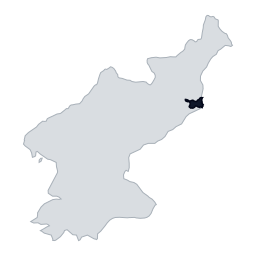 location of Myongchon, Hamgyŏng-bukto, North Korea
{"feature_id": "82179303B5816291579612", "entity_name": "Myongchon", "entity_type": "district", "adm_level": 2, "iso_a3": "PRK", "parent_name": "North Korea", "parent_adm1": "Hamgyŏng-bukto", "projection": "orthographic", "projection_center": [129.544, 40.98], "detail": "fine", "context": "in_parent", "style": "filled", "palette": "ink", "viewbox_px": 256, "rotation_deg": 0, "n_neighbors": 0, "source": "geoboundaries", "source_scale": "gbopen_adm2", "svg_char_len": 4245}
<svg xmlns="http://www.w3.org/2000/svg" viewBox="0 0 256 256"><path d="M156.3,204.6L155.1,205.2L153.0,208.8L151.1,213.4L149.2,215.9L147.0,217.3L144.7,218.0L140.2,218.3L136.1,217.9L134.8,217.4L129.1,217.6L127.5,217.8L119.4,217.3L115.2,217.5L112.5,218.4L109.7,220.2L107.2,222.9L105.1,225.8L100.7,231.2L97.6,233.8L97.5,237.6L97.4,238.8L96.3,239.6L95.9,239.2L94.2,238.9L87.4,235.1L81.6,237.1L80.1,239.8L78.6,240.6L76.5,235.1L72.8,234.7L67.1,229.7L64.5,230.5L63.8,232.5L60.4,236.7L55.7,240.2L54.2,240.6L52.6,240.3L52.9,239.3L51.2,235.1L44.2,233.1L41.7,231.2L40.4,230.7L47.6,226.5L49.4,225.8L48.1,224.6L46.7,224.0L40.9,224.4L38.0,222.8L33.7,223.0L30.7,221.6L37.2,217.5L37.6,214.8L37.6,212.8L41.1,207.0L44.4,203.8L52.8,199.6L56.4,199.1L59.0,199.4L61.1,199.0L59.0,197.1L56.8,196.2L52.6,196.2L48.3,193.3L48.1,190.4L57.4,172.8L57.6,171.1L56.5,166.7L56.2,162.4L50.3,159.6L47.7,159.2L40.2,154.0L37.3,151.4L36.0,152.0L35.6,155.9L34.4,156.7L32.4,157.3L31.6,152.9L30.1,149.6L25.2,146.0L23.5,144.1L24.6,140.3L24.2,140.0L25.2,135.7L28.5,132.5L36.5,127.0L38.6,124.3L42.6,121.2L44.4,121.4L46.2,121.2L46.8,119.8L47.3,118.7L48.9,117.8L52.7,116.1L57.0,114.0L60.4,113.5L64.7,110.1L66.4,108.6L68.1,108.6L68.6,107.9L69.6,106.1L71.0,105.0L72.8,104.8L75.8,104.1L79.6,103.7L82.2,100.8L83.2,98.7L84.9,96.4L88.6,93.9L91.2,90.2L94.0,86.2L95.4,84.9L96.6,84.7L97.5,83.1L98.5,78.8L99.9,74.5L100.7,72.6L103.8,70.5L104.7,69.4L105.4,69.1L106.8,69.4L108.8,68.2L110.6,66.8L112.3,67.4L113.9,68.6L115.6,71.0L116.3,72.9L117.7,74.5L117.9,76.8L119.2,77.9L122.2,78.4L127.0,80.1L130.1,80.3L131.9,81.5L135.6,82.2L143.1,81.5L146.2,82.1L147.4,83.5L149.3,84.7L150.6,84.8L152.3,82.8L154.1,79.7L155.3,77.3L155.2,75.3L154.3,73.2L151.8,71.3L150.3,68.2L148.8,65.1L147.9,64.1L147.2,62.6L147.1,60.3L147.6,58.7L151.4,57.7L156.1,57.2L159.9,57.9L166.4,57.5L170.3,56.7L173.2,56.9L175.9,56.9L177.1,55.6L180.9,52.4L182.7,51.3L184.7,49.1L185.0,46.9L185.4,45.0L186.6,43.1L188.5,40.7L190.2,39.6L192.0,39.7L194.0,40.8L195.2,41.9L196.6,41.6L197.8,39.7L198.6,39.4L200.8,39.2L201.5,38.0L202.3,32.4L203.2,28.0L203.4,25.0L205.3,19.9L205.9,16.8L207.1,15.4L208.5,15.5L209.6,16.4L211.0,16.9L213.0,16.4L214.3,17.1L215.2,18.8L218.0,19.9L218.3,20.7L218.2,26.3L219.8,28.8L221.9,31.2L224.8,33.3L226.3,33.7L227.3,35.2L228.2,37.9L230.2,40.4L231.3,42.2L231.6,44.2L232.5,45.3L230.9,46.5L228.7,45.8L225.2,45.4L220.6,49.2L218.1,50.6L216.3,54.3L212.8,56.6L210.8,58.9L208.3,63.1L206.6,67.0L202.8,71.1L200.5,76.1L200.4,80.5L202.9,85.0L203.1,88.8L201.4,96.6L202.4,104.8L201.3,108.1L189.2,113.8L186.1,116.6L181.6,123.9L176.1,126.6L172.7,129.6L168.1,131.4L165.0,136.5L161.7,139.4L157.7,141.1L154.8,143.4L148.2,143.4L143.5,145.0L140.2,149.2L130.1,153.9L128.7,157.6L129.2,163.4L129.2,167.8L128.2,171.4L126.1,170.3L124.9,171.5L123.5,174.8L123.8,178.7L127.2,180.0L129.9,181.6L133.9,182.5L136.8,184.3L142.9,192.5L147.9,196.1L149.2,197.4L152.2,199.2L154.8,202.1L156.3,204.6ZM41.1,161.2L39.1,162.4L39.2,160.1L40.7,158.3L42.2,158.2L41.1,161.2Z" fill="#d9dde1" stroke="#a8b0b8" stroke-width="1"/><path d="M202.2,107.5L202.2,107.2L202.2,106.9L202.9,106.1L202.6,106.0L202.6,105.6L202.8,105.0L203.1,104.6L202.9,104.5L202.7,104.3L202.6,103.9L202.4,103.7L202.1,103.4L202.1,103.0L202.0,102.7L201.8,102.7L201.7,102.6L202.1,102.3L202.1,102.1L201.9,102.1L201.9,101.9L201.7,101.2L201.7,100.6L201.8,99.2L201.9,98.8L202.1,98.5L202.0,98.2L202.4,97.7L202.0,97.7L201.8,97.9L201.7,97.8L201.6,97.6L200.7,97.7L199.9,98.2L199.5,98.7L199.1,99.5L198.5,99.7L197.6,100.1L197.1,100.9L196.5,101.5L195.6,101.5L194.7,101.3L194.0,100.9L193.2,100.8L193.1,100.3L192.6,100.2L192.0,100.3L191.4,100.6L190.9,100.8L190.5,100.9L189.8,101.0L189.3,101.0L188.9,100.8L188.3,100.3L187.7,100.0L187.1,99.7L186.4,99.6L185.9,99.4L185.6,99.4L185.4,99.4L185.3,99.8L185.4,100.2L185.7,100.9L186.0,101.0L186.5,101.3L187.0,101.5L187.7,101.7L188.4,101.7L188.9,101.6L189.2,101.7L189.6,102.2L189.9,102.6L190.1,103.3L190.2,104.0L190.0,104.7L189.7,105.4L189.2,106.4L189.4,107.1L190.1,107.6L190.8,108.1L191.0,108.0L191.4,108.0L192.0,108.1L192.5,108.1L193.0,108.1L193.6,107.8L194.1,107.5L194.8,107.0L195.3,106.2L195.9,105.8L196.4,106.0L196.7,106.2L197.3,106.5L198.1,107.0L199.2,107.2L199.7,107.4L200.0,106.9L200.8,106.9L201.4,107.2L202.2,107.5Z" fill="#0f172a" stroke="#020617" stroke-width="1.5"/></svg>